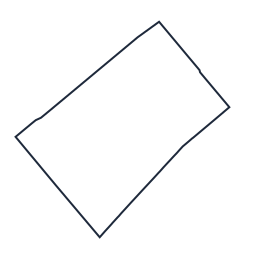 Delaware, Oklahoma, United States of America, rotated 50°
{"feature_id": "52423323B24227440856530", "entity_name": "Delaware", "entity_type": "district", "adm_level": 2, "iso_a3": "USA", "parent_name": "United States of America", "parent_adm1": "Oklahoma", "projection": "orthographic", "projection_center": [-94.691, 36.416], "detail": "fine", "context": "isolated", "style": "outline", "palette": "slate", "viewbox_px": 256, "rotation_deg": 50, "n_neighbors": 0, "source": "geoboundaries", "source_scale": "gbopen_adm2", "svg_char_len": 690}
<svg xmlns="http://www.w3.org/2000/svg" viewBox="0 0 256 256"><g transform="rotate(50 128 128)"><path d="M62.5,219.8L125.0,220.1L193.5,219.9L192.6,213.9L192.3,212.0L191.0,202.2L190.8,201.2L190.0,195.3L189.9,194.3L189.8,194.0L189.6,191.7L189.0,188.2L187.0,173.2L186.6,170.0L185.1,158.3L184.5,153.5L182.6,138.3L181.9,133.1L181.8,131.9L180.9,125.9L179.1,111.6L178.5,106.3L178.0,103.1L177.3,97.9L177.3,92.3L177.3,91.3L177.2,85.3L177.3,84.7L177.3,84.3L177.3,72.9L177.3,69.6L177.3,61.9L177.3,59.1L177.3,57.0L177.2,37.0L131.7,37.0L129.6,36.0L112.6,36.0L66.6,35.9L64.7,62.3L64.6,94.0L64.3,177.7L64.2,188.1L62.7,193.6L62.6,198.9L62.5,219.8Z" fill="none" stroke="#1e293b" stroke-width="2"/></g></svg>